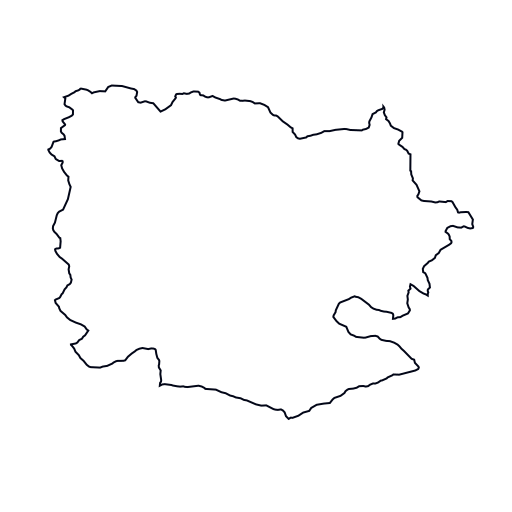 the district of Yarowilca, Huánuco, Peru, rotated 274°
{"feature_id": "86281439B41621224509593", "entity_name": "Yarowilca", "entity_type": "district", "adm_level": 2, "iso_a3": "PER", "parent_name": "Peru", "parent_adm1": "Huánuco", "projection": "equal_earth", "projection_center": [-76.6, -9.812], "detail": "fine", "context": "isolated", "style": "outline", "palette": "ink", "viewbox_px": 512, "rotation_deg": 274, "n_neighbors": 0, "source": "geoboundaries", "source_scale": "gbopen_adm2", "svg_char_len": 6027}
<svg xmlns="http://www.w3.org/2000/svg" viewBox="0 0 512 512"><g transform="rotate(274 256 256)"><path d="M137.0,381.6L137.1,383.9L138.2,386.4L140.4,389.2L140.6,390.3L143.0,394.9L144.0,395.7L146.5,400.3L147.4,401.3L147.6,407.1L152.9,422.9L154.6,425.7L156.0,426.2L157.0,425.8L160.5,422.0L163.6,421.0L164.3,418.4L171.7,410.1L173.7,407.5L175.9,405.4L177.5,403.4L179.2,399.8L180.4,395.5L180.4,391.8L181.1,387.0L182.1,385.2L184.2,383.0L184.7,380.6L184.1,376.1L182.2,370.8L182.0,369.1L182.3,361.5L183.4,359.3L184.4,355.9L186.7,353.5L191.7,351.0L194.3,343.7L196.7,340.8L200.6,337.4L202.2,337.6L205.6,339.3L207.4,339.4L214.2,342.0L215.5,343.2L219.5,351.7L221.1,353.8L222.7,357.3L222.3,358.1L222.0,360.9L220.6,364.0L215.3,372.1L213.0,374.4L211.7,376.8L210.8,380.0L210.7,382.4L210.0,384.4L209.5,387.6L209.5,390.1L208.7,395.1L208.0,396.5L206.6,397.1L202.9,397.0L203.3,399.2L204.7,401.5L205.1,404.3L206.7,406.5L209.3,411.6L212.5,413.3L213.7,413.1L215.3,411.9L219.4,410.2L223.2,410.5L226.8,409.8L230.3,410.8L232.1,410.4L234.2,412.4L236.2,411.7L238.6,412.1L237.1,415.3L232.4,421.4L230.3,425.6L229.5,428.2L228.5,430.1L230.4,430.0L231.7,430.4L233.2,429.7L234.6,429.8L236.7,431.7L240.4,431.0L244.0,429.0L246.1,428.6L249.7,426.6L250.6,426.0L251.6,423.9L254.8,423.3L257.6,424.4L261.1,427.9L262.4,428.7L264.0,431.8L266.6,434.6L269.3,435.3L271.7,438.1L275.1,439.7L280.8,448.0L282.4,449.8L283.5,450.1L284.7,449.8L286.3,448.1L289.0,447.8L291.0,446.7L291.9,445.7L293.3,443.4L294.1,443.4L297.4,444.9L299.3,448.0L299.8,450.4L298.6,455.1L298.6,458.7L300.1,461.1L300.0,462.1L298.8,465.2L298.4,467.8L299.0,470.2L299.4,470.6L300.4,470.6L302.9,469.5L307.5,469.8L314.5,464.8L314.6,462.7L313.9,457.1L313.4,455.6L313.6,454.5L316.2,453.5L318.6,451.5L323.6,448.2L324.3,447.1L324.2,443.3L323.0,441.6L323.2,435.0L322.3,433.3L321.9,431.2L322.6,427.1L322.6,419.6L323.0,417.1L325.9,413.0L327.1,412.7L328.9,413.7L331.9,414.5L338.2,411.2L342.3,407.0L344.4,407.1L348.2,405.2L351.4,404.8L351.9,404.0L368.2,403.0L368.8,401.1L371.5,399.5L372.5,398.2L373.0,396.6L375.0,394.6L377.4,390.4L378.0,390.2L380.9,390.8L384.1,393.6L389.7,393.5L390.2,393.0L392.1,388.8L393.2,384.7L395.4,381.4L397.6,380.4L399.9,378.8L401.6,376.2L403.4,376.5L405.5,374.7L408.2,373.5L410.9,374.1L413.0,373.5L413.9,372.7L413.1,372.8L411.6,371.8L409.9,367.8L408.9,366.4L407.6,365.6L405.7,362.4L402.3,361.5L398.2,359.7L396.7,359.6L394.7,360.2L392.0,359.5L390.4,356.9L389.5,353.9L388.7,352.8L388.6,351.2L388.3,341.2L388.9,337.5L388.9,335.3L387.4,326.5L385.7,320.7L385.3,315.4L383.4,312.5L381.6,308.0L380.9,304.6L379.8,302.1L379.0,298.9L377.8,297.9L376.0,291.6L376.3,289.7L377.4,287.9L379.9,286.5L382.3,283.9L385.9,283.6L386.8,281.6L389.3,278.2L392.2,273.3L396.7,268.0L397.5,266.4L397.5,264.3L398.0,263.0L400.1,260.4L405.3,257.6L407.3,253.8L408.7,249.3L408.1,244.2L409.4,241.9L410.1,239.5L410.3,234.1L409.9,231.8L409.8,229.2L410.9,226.9L411.5,224.2L411.5,222.6L408.9,214.2L409.3,210.6L409.9,209.5L411.3,204.3L412.6,201.5L411.0,197.9L410.9,196.2L411.4,194.2L412.5,192.2L412.6,189.4L413.2,188.8L415.0,188.2L415.9,186.8L415.8,182.2L414.6,179.6L413.4,178.0L413.2,177.1L412.9,175.6L413.3,172.7L412.5,171.3L412.5,168.6L412.1,165.8L411.6,165.0L409.6,164.3L408.6,165.0L407.8,164.8L403.8,162.0L400.5,160.7L396.0,155.3L393.4,150.7L401.2,142.9L401.5,139.3L402.6,135.5L402.5,134.1L400.9,130.2L401.2,127.8L405.4,124.5L406.0,124.5L407.5,125.6L411.3,126.0L412.7,125.1L414.0,122.8L414.4,119.5L416.2,110.6L416.0,100.2L414.3,96.8L409.7,94.1L409.6,88.6L407.9,82.7L406.9,81.0L408.2,79.4L409.6,76.8L410.1,75.2L410.8,69.7L410.5,69.0L409.7,68.5L408.8,67.1L407.8,64.5L406.7,63.5L404.9,60.5L402.9,57.8L401.0,53.4L399.9,54.8L394.1,54.4L392.8,55.4L392.1,56.5L391.3,59.4L389.1,62.8L388.5,63.3L384.4,63.5L383.1,62.4L381.4,59.7L379.2,55.1L378.0,53.4L376.8,53.7L373.9,56.4L373.2,56.3L370.0,52.5L366.6,52.7L365.4,53.5L363.9,55.6L362.6,56.6L359.3,57.3L358.7,53.3L357.6,51.2L356.5,48.4L356.1,46.5L355.7,46.0L350.6,44.5L348.7,43.1L347.8,41.4L347.4,41.4L344.9,42.9L343.0,44.9L341.4,48.0L338.9,49.4L338.5,50.0L337.0,53.0L337.4,55.8L337.0,56.5L335.7,56.6L333.0,55.4L329.8,56.5L326.5,58.7L323.2,61.7L322.0,63.4L318.3,63.4L314.7,64.8L312.0,66.3L299.6,64.4L288.8,60.3L286.5,56.5L284.9,55.2L282.7,54.4L275.3,53.1L271.7,51.5L269.4,51.4L267.6,52.0L266.1,53.1L264.0,55.6L260.5,58.6L260.2,59.5L257.0,60.1L250.6,60.0L249.8,58.6L249.6,56.6L249.0,55.3L248.4,55.1L246.9,55.6L244.3,57.3L241.3,60.2L239.8,62.7L234.4,69.8L232.7,70.4L229.6,70.0L225.7,70.9L224.2,72.1L221.6,72.6L219.6,73.7L216.5,73.2L214.9,72.1L213.5,69.9L211.5,69.1L209.4,67.4L205.2,65.7L204.4,64.8L201.2,63.4L200.3,62.6L198.6,59.2L197.9,58.5L195.2,59.4L191.7,62.9L190.1,63.4L187.6,64.8L183.9,69.8L181.6,71.7L179.2,75.1L177.0,80.9L175.6,86.1L173.7,90.0L171.0,92.2L169.9,93.9L164.9,91.0L163.5,89.3L161.3,88.1L159.8,85.5L157.2,83.8L156.2,82.4L154.7,76.7L154.7,77.6L152.5,79.7L150.9,81.1L147.9,82.6L144.7,86.2L142.0,87.9L139.4,91.3L135.7,94.7L134.0,97.2L133.6,98.8L133.8,108.3L135.0,110.8L136.0,115.2L138.7,120.2L139.8,121.3L141.3,123.8L141.7,125.2L142.2,131.0L142.8,132.8L146.6,135.3L150.1,138.9L152.4,141.8L153.9,143.3L155.4,146.2L156.3,149.2L155.6,155.0L156.5,158.0L156.5,160.3L156.0,161.9L155.3,162.5L151.3,163.4L147.5,164.7L145.5,166.5L144.5,166.9L141.2,166.9L139.9,166.6L138.0,166.9L135.2,168.9L131.5,168.8L125.4,170.1L124.0,170.0L122.8,169.2L119.9,169.1L121.3,171.4L121.8,173.9L121.4,180.7L121.0,182.0L120.5,186.6L120.4,189.6L120.9,192.5L120.5,194.3L120.5,196.9L122.6,207.7L122.0,211.0L120.7,213.9L119.9,214.7L119.9,225.3L117.7,231.0L117.0,235.3L115.0,239.9L114.5,243.0L113.5,245.7L113.0,250.6L111.6,254.0L111.3,256.9L108.0,266.3L107.1,271.7L107.7,276.7L104.5,284.1L104.1,286.0L104.0,288.5L104.7,291.6L103.8,293.6L102.0,295.5L98.3,297.1L95.8,299.9L97.2,302.0L97.1,303.7L99.6,309.4L103.1,314.0L105.2,319.9L108.3,321.7L111.8,326.9L113.5,333.9L114.5,339.9L118.3,342.5L119.9,344.1L122.4,350.1L125.5,353.8L127.4,354.7L129.1,356.6L129.8,357.9L130.5,362.2L131.6,365.6L133.3,368.0L133.8,372.1L133.4,374.6L134.0,376.9L135.6,378.8L137.0,381.6Z" fill="none" stroke="#020617" stroke-width="2"/></g></svg>